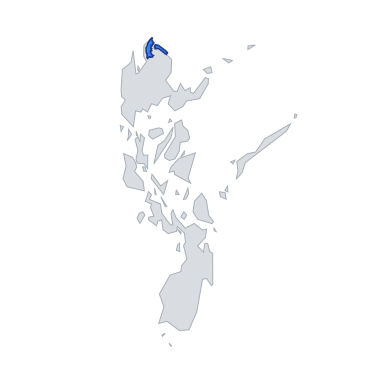 Sarangani, Sarangani, Philippines (highlighted), rotated 190°
{"feature_id": "2640588B5697622806390", "entity_name": "Sarangani", "entity_type": "district", "adm_level": 2, "iso_a3": "PHL", "parent_name": "Philippines", "parent_adm1": "Sarangani", "projection": "natural_earth1", "projection_center": [125.142, 6.055], "detail": "fine", "context": "in_parent", "style": "filled", "palette": "blue", "viewbox_px": 384, "rotation_deg": 190, "n_neighbors": 0, "source": "geoboundaries", "source_scale": "gbopen_adm2", "svg_char_len": 7202}
<svg xmlns="http://www.w3.org/2000/svg" viewBox="0 0 384 384"><g transform="rotate(190 192 192)"><path d="M180.4,53.4L194.1,60.3L201.9,56.8L199.7,74.1L206.4,85.8L199.2,106.3L189.2,111.7L189.4,117.5L185.4,125.0L191.0,137.8L189.7,141.2L192.2,150.1L200.5,155.3L200.3,150.6L208.2,146.9L213.9,149.7L217.0,159.2L220.6,157.4L221.1,152.5L230.3,157.3L230.1,159.8L225.3,161.5L230.3,169.7L229.7,173.1L236.3,174.8L234.8,184.9L231.4,182.3L232.7,177.4L220.9,174.6L218.1,165.9L207.6,155.8L205.2,156.3L208.9,166.9L207.7,171.3L203.5,164.2L192.4,155.2L184.3,161.4L175.0,156.3L171.2,158.0L170.9,149.7L177.0,139.8L170.3,134.6L170.4,143.3L167.6,143.9L164.2,136.5L161.0,135.3L155.5,104.7L156.6,103.2L162.6,109.3L166.5,107.9L166.5,74.6L171.1,55.7L180.4,53.4ZM261.1,246.0L274.6,256.4L276.6,263.5L273.6,271.2L277.8,273.6L279.5,279.7L281.8,300.5L274.6,309.0L274.5,320.8L267.7,298.6L265.2,300.1L259.4,312.6L263.3,317.4L264.8,328.0L258.8,336.2L256.6,326.0L250.9,330.2L235.0,318.8L233.3,306.0L237.4,297.2L227.3,288.1L224.1,288.3L222.2,297.0L216.7,290.6L211.9,294.4L211.0,290.2L207.7,289.3L198.8,306.9L195.5,306.5L194.8,301.5L200.7,285.3L213.2,280.7L215.8,274.7L223.0,268.9L230.8,274.7L229.8,283.1L237.3,279.2L241.2,271.1L247.2,271.9L249.8,263.0L254.9,265.3L256.2,261.8L261.6,262.1L261.1,246.0ZM220.9,256.5L214.8,261.1L212.4,255.5L206.8,251.9L203.7,244.6L205.1,241.5L212.3,238.8L211.6,229.8L214.7,221.5L219.8,219.1L224.5,220.7L225.6,223.8L218.0,243.7L220.9,256.5ZM256.7,185.8L262.3,193.1L261.4,206.1L266.0,217.9L256.6,215.8L252.9,211.6L250.7,206.9L252.2,202.4L242.0,193.9L239.2,184.9L256.7,185.8ZM194.8,200.4L212.0,206.1L213.0,209.4L218.0,207.4L217.2,212.8L210.7,222.8L195.5,231.1L198.3,205.0L194.8,200.4ZM129.7,256.9L106.9,276.2L109.4,268.6L144.5,230.3L146.1,219.6L150.8,212.2L150.2,220.0L153.2,229.8L143.9,239.4L136.2,242.5L129.7,256.9ZM166.8,164.3L181.7,166.1L187.6,172.7L187.9,183.4L182.2,192.5L176.4,186.2L171.4,171.9L165.6,166.6L166.8,164.3ZM244.3,211.5L251.0,210.9L252.8,214.4L252.5,223.6L257.3,234.0L254.9,236.6L252.0,232.7L252.8,240.0L248.2,237.1L248.3,223.7L246.0,219.8L241.9,220.7L239.8,207.4L244.3,211.5ZM221.8,252.7L222.2,241.4L234.4,213.1L233.7,232.0L228.0,237.9L221.8,252.7ZM244.7,245.3L235.9,249.4L232.4,248.9L230.2,244.7L239.9,237.2L244.4,240.1L244.7,245.3ZM219.5,184.6L234.4,198.0L234.5,202.6L223.9,192.6L218.0,198.9L219.5,184.6ZM240.3,161.8L237.0,164.0L234.4,161.1L237.9,152.1L241.5,156.6L240.3,161.8ZM202.2,314.5L195.4,318.5L193.0,313.1L197.2,311.5L202.2,314.5ZM157.1,190.8L163.4,192.5L165.0,197.0L159.4,197.1L157.1,190.8ZM194.9,163.8L198.6,165.5L196.6,171.1L193.3,168.4L194.9,163.8ZM178.1,325.5L185.1,328.8L175.1,328.6L178.1,325.5ZM265.2,242.6L261.5,238.1L264.7,231.2L264.3,235.4L265.2,242.6ZM199.2,183.1L196.7,195.0L195.0,190.1L196.5,184.3L199.2,183.1ZM161.7,342.0L162.2,345.6L155.3,347.7L161.7,342.0ZM197.3,131.9L197.0,137.3L195.4,139.5L193.7,131.2L197.3,131.9ZM209.4,224.6L206.4,231.5L206.4,227.5L209.4,224.6ZM159.8,199.1L158.1,204.0L156.6,198.3L159.8,199.1ZM245.0,208.3L242.7,208.4L240.4,204.5L243.2,204.1L245.0,208.3ZM207.7,186.6L207.7,191.1L204.3,187.4L207.7,186.6ZM274.2,245.1L270.8,244.2L272.3,239.4L274.2,245.1ZM215.9,173.1L221.9,182.0L214.3,173.2L215.9,173.1ZM159.2,228.3L155.2,230.8L156.3,226.8L159.2,228.3ZM227.2,256.4L226.4,260.2L224.1,258.3L227.2,256.4ZM228.3,184.0L229.6,189.3L226.6,182.6L228.3,184.0ZM104.2,286.7L102.2,286.4L102.6,283.0L104.2,282.6L104.2,286.7ZM248.7,259.3L246.0,259.6L245.8,257.5L247.4,257.1L248.7,259.3ZM266.9,306.6L265.0,304.2L265.6,301.8L266.9,303.0L266.9,306.6ZM163.3,157.7L164.4,160.7L161.3,157.2L163.3,157.7ZM256.6,238.2L257.6,242.2L254.8,237.3L256.6,238.2ZM196.8,45.9L193.8,48.4L196.0,44.7L196.8,45.9ZM199.8,152.7L195.8,150.4L195.8,148.8L199.8,152.7ZM185.9,36.3L188.4,39.1L185.5,37.2L185.9,36.3Z" fill="#d9dde1" stroke="#a8b0b8" stroke-width="1"/><path d="M254.4,318.1L253.9,319.3L253.7,319.7L254.6,319.7L255.3,320.2L255.3,320.4L255.6,320.5L255.7,320.9L255.8,321.0L256.0,321.3L256.2,321.5L256.3,321.5L256.9,321.8L257.0,321.9L257.0,322.0L257.3,322.2L257.3,322.3L257.2,322.4L257.1,322.5L257.0,322.8L257.0,323.0L256.9,323.0L256.8,323.4L256.7,323.5L256.8,323.5L256.7,323.8L256.8,323.8L256.7,324.0L256.8,324.0L256.7,324.1L256.7,324.4L256.7,324.5L256.8,324.5L256.6,324.6L256.7,324.8L256.8,324.8L256.7,324.9L256.8,325.0L256.7,325.2L256.7,325.4L256.7,325.5L256.8,325.4L256.9,325.5L257.1,325.5L257.3,325.7L257.4,325.8L257.4,326.0L257.5,326.1L257.4,326.3L257.4,326.5L257.5,326.5L257.6,326.8L257.5,327.1L257.7,327.3L257.7,327.5L257.7,327.9L257.7,328.0L257.6,328.3L257.5,328.5L257.3,328.7L257.2,328.9L257.2,329.0L257.3,329.1L257.2,329.1L257.3,329.2L257.4,329.3L257.2,329.3L256.9,329.5L256.7,329.6L256.7,329.8L256.4,329.9L256.3,330.0L256.4,330.4L256.4,330.5L256.3,330.9L256.2,330.9L256.2,331.0L256.1,331.3L255.8,331.3L255.7,331.1L255.5,331.3L255.6,331.5L255.5,331.9L255.6,332.0L255.8,332.1L255.8,332.3L255.7,332.4L255.9,332.5L256.0,332.4L256.2,332.5L256.3,332.6L256.5,333.2L256.6,333.3L256.9,333.8L257.2,333.9L257.3,333.8L257.5,333.9L257.6,334.1L257.7,334.5L257.8,334.7L257.9,335.0L258.0,335.1L258.0,335.5L257.9,335.9L257.9,336.0L257.7,336.3L257.8,336.4L257.8,336.6L258.0,336.7L258.2,336.9L258.3,336.8L258.4,336.6L258.4,336.4L258.5,336.1L258.8,336.0L258.9,335.8L259.0,335.7L259.6,335.1L259.6,334.9L259.7,334.5L260.3,333.5L260.6,332.6L260.8,332.2L261.0,331.8L261.0,331.5L261.2,331.2L261.3,331.1L261.3,330.9L261.4,330.6L261.4,330.2L261.3,329.9L261.3,329.6L261.4,329.0L261.5,328.9L261.7,327.6L261.9,327.2L262.0,326.9L262.2,326.4L262.3,326.0L262.3,325.7L262.2,325.2L261.8,324.3L261.8,324.0L261.7,323.0L261.7,322.6L261.5,322.3L261.4,322.0L261.2,321.6L261.1,321.1L260.8,320.8L260.7,320.6L260.4,320.5L260.2,320.5L260.2,320.2L260.2,319.5L260.2,319.3L259.8,318.5L259.8,317.2L259.7,316.8L259.6,316.6L259.3,316.4L259.2,316.3L259.1,316.2L259.1,315.9L258.8,315.9L258.7,315.8L258.6,316.0L258.7,316.3L258.7,316.5L258.6,316.8L258.4,316.9L258.2,317.2L258.0,317.3L258.0,317.5L257.9,317.7L257.5,317.7L257.4,317.8L257.1,317.9L257.0,318.0L256.9,318.1L256.7,318.0L256.6,317.9L256.5,317.7L256.4,317.5L256.4,317.4L256.0,317.5L255.4,317.8L254.8,318.2L254.4,318.1ZM254.2,328.5L254.1,328.4L253.9,328.3L253.6,328.4L253.4,328.3L253.3,326.7L252.4,326.7L252.4,327.3L250.5,327.3L249.4,327.2L248.8,327.0L246.7,325.9L246.4,325.8L245.4,325.1L244.9,324.9L244.7,324.8L242.4,323.5L241.5,323.1L241.2,323.0L240.9,323.7L240.9,323.8L240.8,324.1L240.6,324.2L240.6,324.3L240.4,324.5L240.5,324.6L240.4,324.7L240.5,324.8L240.4,324.9L240.4,325.0L240.6,325.2L240.7,325.3L240.8,325.4L240.9,325.5L241.0,325.6L241.4,325.6L241.5,325.6L242.0,326.1L242.1,326.3L242.4,326.4L243.3,327.1L243.8,327.2L244.2,327.2L244.4,327.2L244.6,327.4L244.7,327.6L244.8,327.8L245.0,327.9L245.3,327.8L245.5,327.9L245.7,328.0L245.8,328.2L245.9,328.3L246.2,328.5L246.5,328.6L247.2,329.0L247.5,329.1L247.8,329.1L248.0,329.3L248.6,329.5L249.0,329.9L249.2,330.0L249.4,330.0L249.5,330.1L250.0,330.1L250.3,330.3L250.7,330.4L250.8,330.6L251.1,330.5L251.3,330.7L251.5,330.7L251.9,330.5L252.2,330.6L252.4,330.7L252.5,330.7L252.9,330.8L253.2,330.7L253.3,330.7L253.6,330.6L253.8,330.3L253.7,330.1L253.7,329.8L253.7,329.7L253.8,329.6L254.0,329.5L254.1,329.4L254.1,329.2L254.0,328.9L254.1,328.6L254.2,328.5Z" fill="#3b82f6" stroke="#1e3a8a" stroke-width="1.5"/></g></svg>